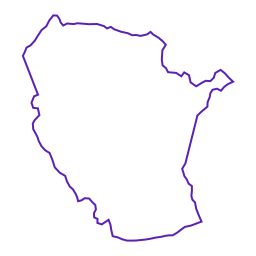 outline of Colombo, Paraná, Brazil
{"feature_id": "56859067B90455613848292", "entity_name": "Colombo", "entity_type": "district", "adm_level": 2, "iso_a3": "BRA", "parent_name": "Brazil", "parent_adm1": "Paraná", "projection": "albers", "projection_center": [-49.18, -25.309], "detail": "fine", "context": "isolated", "style": "outline", "palette": "violet", "viewbox_px": 256, "rotation_deg": 0, "n_neighbors": 0, "source": "geoboundaries", "source_scale": "gbopen_adm2", "svg_char_len": 1676}
<svg xmlns="http://www.w3.org/2000/svg" viewBox="0 0 256 256"><path d="M66.9,181.3L69.8,186.6L72.9,189.3L75.7,193.9L77.2,197.4L78.1,201.2L81.6,200.3L84.7,198.2L89.1,198.5L91.8,201.6L95.3,205.0L95.9,209.5L93.9,213.3L94.2,217.4L97.5,218.9L97.4,222.9L101.7,224.4L108.6,219.8L110.4,224.6L111.2,229.6L112.7,236.2L117.6,237.3L122.6,239.4L127.1,240.6L132.5,240.6L136.2,240.5L140.9,240.0L145.1,239.6L149.6,238.9L156.2,237.5L160.7,236.9L165.6,235.8L169.1,235.3L172.7,235.3L177.1,232.7L180.5,230.1L184.8,226.9L190.9,225.6L197.5,223.1L201.5,221.6L198.5,214.6L196.2,208.7L195.0,202.4L192.4,199.7L191.4,196.0L191.9,190.9L191.9,186.1L188.6,183.6L186.9,179.7L184.4,176.1L182.2,168.8L185.4,163.4L190.3,143.8L195.8,122.0L197.4,115.5L201.7,111.4L207.4,106.7L207.6,102.2L209.7,97.1L210.4,93.2L212.5,89.8L217.0,88.7L221.0,90.7L224.2,86.9L227.8,84.2L233.1,81.7L228.6,77.5L224.9,73.3L220.6,69.9L215.3,72.9L213.8,77.7L210.4,81.1L205.7,80.8L201.7,82.9L196.2,86.3L190.6,82.4L189.0,75.2L184.2,72.4L181.3,76.3L176.2,72.9L168.1,72.2L165.9,68.1L162.6,65.3L161.8,59.7L162.4,50.3L165.8,44.8L162.8,41.3L158.5,37.7L153.3,34.6L150.5,31.9L147.1,34.4L140.5,35.9L136.3,35.0L132.1,35.2L127.8,33.2L121.0,31.7L114.2,29.3L110.8,26.9L107.0,28.4L104.0,26.1L97.0,24.0L88.9,24.2L80.7,23.5L77.2,23.3L73.6,24.1L67.2,23.5L63.2,25.5L60.7,22.5L59.4,18.9L57.1,15.6L53.3,15.4L49.3,20.4L46.3,26.3L41.6,30.0L37.5,36.3L34.8,40.7L30.6,45.3L26.5,47.6L25.0,51.5L22.9,55.9L38.0,94.7L34.1,96.3L31.5,102.7L33.2,107.8L37.9,108.4L39.4,115.1L34.5,120.3L32.8,123.5L33.2,129.1L37.2,136.4L38.9,141.4L41.5,146.2L45.1,150.2L49.6,153.0L52.3,159.6L54.8,167.4L59.8,172.7L65.2,175.9L66.9,181.3Z" fill="none" stroke="#5b21b6" stroke-width="2"/></svg>